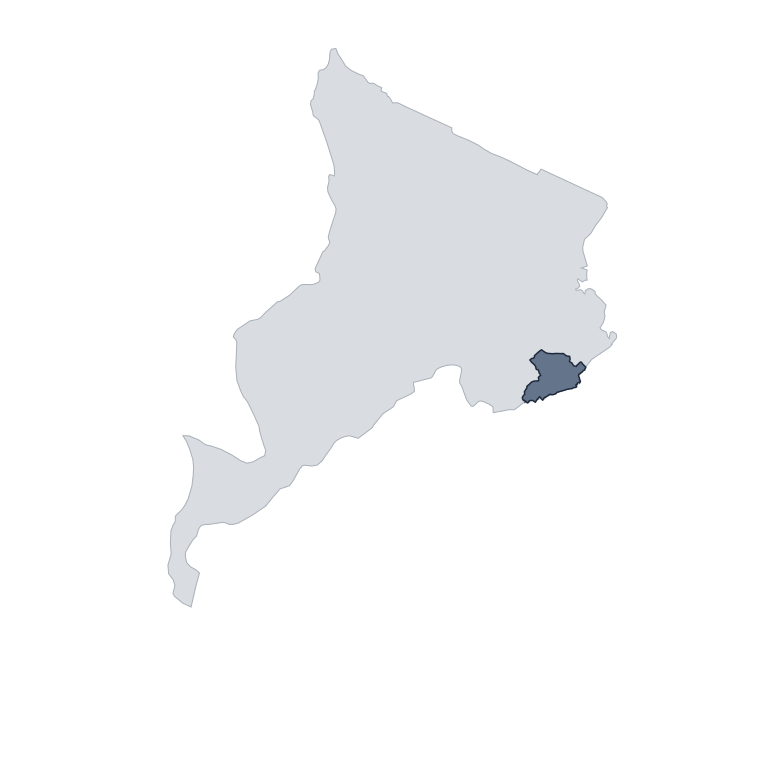 Manyu, Sud-Ouest, Cameroon (highlighted), rotated 205°
{"feature_id": "32672807B1261524164639", "entity_name": "Manyu", "entity_type": "district", "adm_level": 2, "iso_a3": "CMR", "parent_name": "Cameroon", "parent_adm1": "Sud-Ouest", "projection": "albers", "projection_center": [9.296, 5.93], "detail": "fine", "context": "in_parent", "style": "filled", "palette": "slate", "viewbox_px": 768, "rotation_deg": 205, "n_neighbors": 0, "source": "geoboundaries", "source_scale": "gbopen_adm2", "svg_char_len": 6437}
<svg xmlns="http://www.w3.org/2000/svg" viewBox="0 0 768 768"><g transform="rotate(205 384 384)"><path d="M193.9,516.1L195.4,512.2L206.2,494.0L212.9,464.9L215.9,458.1L219.1,453.5L234.6,438.0L240.4,433.1L248.9,427.4L254.8,416.0L256.8,414.8L259.5,413.8L272.8,404.2L274.0,406.0L274.9,408.3L275.9,409.4L280.2,410.1L286.2,410.1L289.6,409.4L291.4,407.4L293.3,402.1L294.4,401.1L295.7,400.8L302.3,404.5L313.0,415.1L315.8,416.9L316.9,419.0L319.3,428.6L320.6,431.0L323.0,431.9L327.1,431.3L331.5,429.6L335.3,427.1L339.0,423.9L341.6,421.0L342.7,418.9L343.2,411.1L344.1,409.3L358.0,397.9L357.6,396.8L355.3,393.7L353.3,390.2L355.3,386.5L357.5,383.7L365.5,374.2L365.9,367.4L372.4,356.6L376.0,342.4L376.1,339.6L384.4,323.9L393.3,322.5L396.7,320.3L400.6,316.4L403.1,312.7L404.3,309.3L405.1,302.7L406.6,295.1L407.5,288.5L410.2,282.4L414.6,279.2L422.3,276.6L423.4,275.4L424.5,271.3L425.5,257.8L426.7,251.8L433.8,245.1L436.9,234.5L439.6,223.4L447.6,210.0L457.0,196.7L461.3,193.0L465.0,191.4L469.3,191.2L472.2,190.1L482.3,183.4L486.5,181.2L489.7,178.8L490.4,176.8L490.7,173.9L489.6,167.1L491.3,162.1L492.3,154.3L492.7,148.2L492.3,146.1L490.4,142.6L487.3,138.8L482.2,136.6L475.2,136.0L471.4,134.7L470.1,127.8L469.5,123.4L464.6,100.3L473.5,100.3L484.1,103.0L486.8,105.0L488.3,112.9L492.2,117.4L499.0,121.0L503.3,128.6L505.1,140.1L508.9,147.0L509.7,148.0L515.1,161.0L515.5,167.1L515.1,171.1L517.3,176.1L514.1,184.8L513.2,190.0L513.0,197.4L515.0,210.5L518.3,220.5L521.7,228.7L525.5,235.0L531.7,241.9L538.3,248.2L544.4,252.2L538.8,254.6L527.9,255.0L521.6,253.7L518.6,253.7L515.6,254.6L504.0,255.9L492.3,255.4L481.4,253.9L474.8,254.3L469.7,258.2L465.6,264.1L461.8,268.7L463.2,273.9L466.1,276.7L471.8,282.9L476.9,288.9L479.5,292.9L489.7,301.7L499.5,309.6L504.1,312.3L505.8,312.9L511.2,317.4L518.6,324.8L525.4,336.4L535.1,359.8L537.2,361.7L540.4,362.9L540.9,365.4L540.6,369.1L539.7,372.1L532.2,384.5L525.7,389.3L523.8,392.2L521.4,399.3L515.4,413.3L512.9,415.3L507.0,424.8L502.2,436.8L501.0,438.7L499.1,440.2L492.1,443.2L489.8,444.7L486.3,448.5L485.9,450.9L487.5,454.2L489.5,456.9L493.2,456.9L495.2,459.4L495.3,477.9L493.7,480.7L493.8,482.0L493.0,485.1L492.8,488.7L493.3,490.1L494.7,491.2L496.7,493.7L497.8,499.4L500.3,519.3L501.5,522.5L503.4,524.6L509.6,528.9L516.1,534.5L518.2,538.1L519.4,544.2L521.9,548.9L521.9,550.5L520.9,551.1L516.9,551.6L518.3,555.0L521.7,561.0L538.3,579.3L554.3,595.5L558.0,596.7L560.8,597.0L562.0,598.0L563.5,600.3L568.8,606.3L569.8,609.7L568.7,613.0L570.0,618.1L570.9,620.0L570.6,621.7L571.3,627.9L572.8,633.4L575.2,638.0L574.9,641.3L571.9,643.2L570.1,646.2L569.7,650.5L570.7,655.6L573.1,661.7L573.2,665.2L569.4,667.7L565.1,663.6L560.4,660.8L553.3,656.0L546.2,654.3L537.1,654.1L533.2,654.7L526.3,650.8L524.2,650.3L521.2,652.0L519.1,652.1L516.5,651.5L511.3,651.6L510.8,648.8L509.9,648.2L504.3,648.5L502.5,646.2L501.8,646.5L499.6,645.7L495.0,642.4L490.3,644.7L480.4,644.5L430.7,644.8L429.5,641.7L427.0,640.1L422.6,640.0L409.4,640.7L399.3,640.3L392.5,639.1L384.1,638.4L373.7,639.1L363.0,639.1L344.0,638.3L333.4,638.5L333.7,640.4L333.0,641.8L332.5,645.1L265.0,645.2L259.5,643.0L257.8,641.5L257.3,638.8L256.0,638.4L257.1,626.7L259.3,617.0L260.2,607.9L263.4,599.8L261.7,591.8L259.7,588.3L249.6,576.9L254.2,572.6L248.1,573.2L246.7,569.0L243.8,563.9L245.6,563.1L247.4,560.3L252.9,561.2L252.7,559.8L247.9,555.6L248.4,553.4L250.4,551.0L249.4,550.0L246.0,552.5L243.5,552.4L241.5,550.8L240.1,550.6L241.0,553.8L239.1,556.7L237.2,557.7L234.1,557.6L231.5,556.8L230.9,555.2L228.5,554.0L221.7,551.8L216.0,549.3L214.9,542.3L212.7,539.4L211.7,536.0L211.2,532.1L212.0,526.2L210.5,525.3L208.9,524.9L206.4,525.2L204.2,524.9L201.5,521.6L199.1,520.3L200.6,526.4L198.9,528.1L194.8,527.6L193.1,525.3L192.8,523.6L194.7,516.3L193.9,516.1Z" fill="#d9dde1" stroke="#a8b0b8" stroke-width="1"/><path d="M251.2,428.3L250.9,428.5L250.6,428.5L250.5,428.2L250.3,428.2L250.2,428.4L249.8,428.3L249.3,428.5L249.2,428.4L249.0,428.1L248.7,427.9L248.5,427.5L248.4,427.8L248.1,427.8L247.8,427.9L247.5,428.1L247.1,427.8L246.6,427.7L246.3,427.6L246.1,427.5L245.8,427.5L245.7,427.6L245.5,428.2L245.2,428.6L245.2,429.1L245.1,429.4L245.3,429.6L245.3,430.2L245.2,430.3L244.2,431.0L243.0,431.6L242.3,431.9L241.6,431.8L240.9,431.7L239.5,431.4L239.2,431.5L239.1,432.1L239.0,432.3L239.1,432.5L238.9,432.9L239.0,433.3L238.9,433.5L238.7,434.2L238.6,434.9L238.3,435.0L238.3,435.5L238.3,435.9L237.6,438.2L237.1,438.1L235.6,437.3L235.3,437.1L234.9,437.0L234.3,436.8L233.6,436.4L233.2,436.7L233.1,437.7L232.9,437.9L233.0,438.2L233.1,438.5L233.0,438.8L233.0,439.1L232.9,439.5L232.7,439.6L232.3,439.7L232.2,439.8L232.4,440.0L232.3,440.3L232.0,440.3L231.5,440.9L230.8,442.3L230.5,442.7L230.3,443.2L229.3,444.8L228.8,444.9L228.5,444.9L228.1,445.1L227.5,445.2L226.7,445.5L225.4,446.5L225.0,447.0L224.4,447.4L224.0,448.5L223.7,449.5L222.8,450.3L221.4,451.6L219.7,453.0L219.4,453.2L218.3,454.3L217.9,454.5L216.1,456.2L215.9,456.5L215.4,456.8L215.0,457.0L214.6,457.3L212.8,458.7L211.9,459.0L211.5,459.5L210.6,460.8L209.2,461.6L208.7,462.4L208.3,462.6L208.2,462.8L208.5,463.4L208.8,463.7L209.4,463.9L209.5,464.1L209.6,464.3L209.5,464.7L209.4,465.0L208.8,465.3L208.8,465.5L208.7,465.7L209.1,466.1L209.1,466.4L208.7,466.9L207.5,468.4L207.4,468.4L207.1,468.0L207.0,468.6L207.1,469.2L207.2,469.5L207.3,469.5L207.7,469.9L207.9,470.3L208.7,470.7L209.0,471.4L209.3,471.9L209.9,472.5L210.3,472.8L210.8,473.2L210.9,473.3L211.2,473.7L211.4,474.3L211.5,475.2L211.3,475.6L210.8,476.1L210.6,476.8L209.9,477.8L209.5,478.4L209.4,478.8L209.3,479.3L209.1,480.1L209.0,480.4L208.3,481.1L208.1,481.5L208.0,482.0L208.3,482.8L208.2,483.2L208.1,483.6L208.1,484.0L208.3,484.6L213.0,486.3L214.1,487.2L214.5,487.0L215.4,486.8L215.6,486.3L216.5,483.6L216.9,483.1L217.1,482.2L217.1,481.3L219.1,480.7L219.3,480.7L220.8,481.2L221.3,481.6L222.6,482.5L224.4,482.6L225.5,482.9L225.7,484.8L226.5,486.2L227.5,487.5L229.1,486.9L230.8,486.6L233.3,487.2L234.0,487.3L234.3,487.4L237.2,486.0L240.6,484.6L244.4,482.5L248.8,480.9L250.7,480.7L255.7,481.5L256.5,480.3L257.7,477.9L257.9,477.5L259.6,473.3L259.0,471.5L259.7,470.3L261.0,469.5L261.9,467.4L259.2,466.0L255.7,465.0L253.8,463.8L252.9,462.4L252.0,461.6L250.2,462.0L248.8,460.6L248.1,459.6L246.7,458.9L245.7,457.9L246.2,457.1L246.9,455.3L245.8,453.7L245.5,452.8L245.6,451.9L247.3,451.1L249.3,450.0L251.2,448.0L252.3,444.8L253.5,442.5L252.9,440.8L253.5,436.2L252.1,434.3L252.8,432.3L252.9,430.0L252.2,429.3L251.4,428.4L251.2,428.3Z" fill="#64748b" stroke="#1e293b" stroke-width="1.5"/></g></svg>